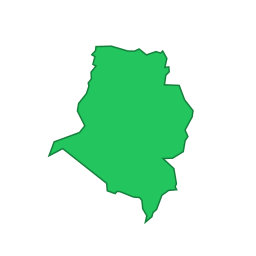 the district of Konche, Konče, North Macedonia, rotated 48°
{"feature_id": "65306769B3097110342626", "entity_name": "Konche", "entity_type": "district", "adm_level": 2, "iso_a3": "MKD", "parent_name": "North Macedonia", "parent_adm1": "Konče", "projection": "mercator", "projection_center": [22.397, 41.52], "detail": "fine", "context": "isolated", "style": "filled", "palette": "green", "viewbox_px": 256, "rotation_deg": 48, "n_neighbors": 0, "source": "geoboundaries", "source_scale": "gbopen_adm2", "svg_char_len": 877}
<svg xmlns="http://www.w3.org/2000/svg" viewBox="0 0 256 256"><g transform="rotate(48 128 128)"><path d="M95.8,205.3L99.6,190.3L154.9,180.9L160.8,185.4L168.1,181.5L167.8,178.6L170.0,176.5L182.8,170.2L187.5,165.9L191.3,166.2L197.9,171.1L205.8,172.7L209.6,178.1L209.9,169.6L207.6,166.1L207.6,161.2L200.6,147.8L201.6,139.5L206.4,133.1L203.3,132.4L201.8,129.3L188.9,121.1L174.1,122.4L180.3,115.0L182.5,102.7L175.6,94.0L174.4,89.2L167.7,87.0L162.6,72.8L158.6,68.1L144.9,67.1L130.6,61.5L120.3,72.0L114.1,64.6L113.8,59.8L109.9,56.8L107.7,60.1L102.3,52.6L94.0,50.7L94.2,53.5L89.9,56.2L86.0,65.4L76.7,66.9L75.3,71.7L70.6,76.7L56.1,85.6L46.1,97.3L48.8,100.4L49.3,105.9L52.8,104.8L57.2,111.5L60.5,110.3L61.8,118.1L67.0,122.3L67.9,127.4L70.8,129.1L74.7,136.0L76.7,148.2L81.5,154.2L97.5,158.6L98.9,167.1L88.9,192.1L95.8,205.3Z" fill="#22c55e" stroke="#15803d" stroke-width="1.5"/></g></svg>